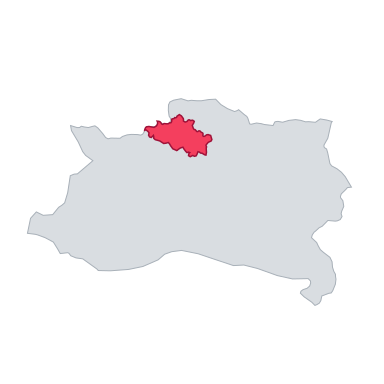 Haskovo highlighted on a map of Bulgaria, rotated 188°
{"feature_id": "BGR-2232", "entity_name": "Haskovo", "entity_type": "Province", "adm_level": 1, "iso_a3": "BGR", "parent_name": "Bulgaria", "parent_adm1": "", "projection": "natural_earth1", "projection_center": [25.843, 41.878], "detail": "fine", "context": "in_parent", "style": "filled", "palette": "rose", "viewbox_px": 384, "rotation_deg": 188, "n_neighbors": 0, "source": "natural_earth", "source_scale": "10m", "svg_char_len": 3912}
<svg xmlns="http://www.w3.org/2000/svg" viewBox="0 0 384 384"><g transform="rotate(188 192 192)"><path d="M321.5,240.9L314.7,239.8L312.3,240.2L310.8,241.7L307.6,241.4L303.6,241.4L299.5,243.2L297.3,244.0L294.2,242.4L288.5,237.4L285.1,233.9L282.5,233.0L279.9,234.1L270.7,235.2L268.6,237.3L264.3,239.5L260.1,240.6L253.9,241.3L250.7,241.2L248.9,242.3L247.4,245.6L246.4,248.7L245.5,250.0L237.8,251.6L236.1,253.5L235.7,255.2L235.8,257.0L229.7,255.3L225.0,256.5L223.9,257.8L222.9,259.8L223.5,261.9L225.2,263.9L226.8,269.5L227.4,275.0L226.4,278.1L222.9,280.4L215.7,282.9L208.6,281.7L205.5,282.7L200.3,283.0L195.6,283.6L188.2,285.9L181.5,287.2L175.6,282.6L168.5,279.5L161.0,277.6L158.4,279.0L157.3,280.0L151.1,276.0L148.3,274.5L147.0,272.9L144.4,267.5L142.9,267.3L137.7,269.3L132.8,269.3L129.8,268.9L121.0,269.1L119.8,272.8L118.7,273.4L116.7,273.9L112.0,273.7L106.0,276.4L99.5,278.1L94.5,278.1L89.3,277.3L86.2,277.9L79.5,278.2L75.2,282.2L68.5,282.0L63.0,281.3L63.7,280.0L65.0,264.1L67.8,257.0L67.7,255.6L67.1,254.4L64.7,253.3L63.0,249.5L59.4,239.4L57.4,237.3L51.7,235.2L46.7,232.3L42.4,228.5L34.8,219.0L38.7,218.0L39.9,216.1L43.9,210.9L44.4,208.3L44.0,206.9L41.4,204.4L39.7,198.9L41.1,193.8L41.3,191.2L40.0,188.6L41.4,185.3L44.2,183.6L46.0,183.1L53.5,182.7L58.3,176.2L61.2,174.2L64.2,170.5L65.5,169.2L66.9,166.3L67.3,163.4L61.5,159.3L59.5,156.2L56.9,152.8L53.4,150.5L46.3,146.5L43.6,142.4L42.4,137.1L40.5,133.1L38.5,130.5L38.1,128.3L37.3,125.7L37.2,120.6L38.9,113.8L40.1,111.4L42.5,110.7L49.0,107.1L49.3,102.4L50.5,99.6L52.6,97.9L54.5,96.8L58.0,99.5L66.4,103.8L70.6,106.9L70.3,108.9L68.4,110.8L64.6,112.7L62.4,115.2L61.8,118.3L62.3,120.4L64.9,122.4L80.3,119.9L95.8,121.1L116.6,125.4L130.5,126.9L140.7,124.9L159.7,128.4L177.3,131.7L194.2,132.7L203.7,130.1L210.4,126.6L216.1,120.1L230.3,111.4L244.0,106.5L261.9,102.6L273.9,101.2L275.6,102.6L290.9,110.6L297.7,110.6L303.2,112.0L305.2,114.1L306.6,114.6L313.9,112.7L317.2,117.0L322.3,123.1L331.0,126.3L338.7,128.0L341.1,128.3L349.2,128.2L348.2,143.5L343.4,150.6L336.1,148.2L326.8,150.2L321.9,158.3L319.1,160.7L316.6,163.5L315.0,174.0L314.8,191.2L311.2,193.3L308.0,194.0L294.5,209.2L302.4,213.4L305.8,216.7L311.6,225.7L319.9,236.0L321.5,240.9Z" fill="#d9dde1" stroke="#a8b0b8" stroke-width="1"/><path d="M247.5,246.5L247.5,247.0L247.3,248.1L246.9,249.3L246.2,250.2L243.8,250.9L238.6,250.7L236.5,252.4L235.8,253.9L235.6,255.3L235.9,256.6L236.4,257.3L234.5,257.4L233.4,257.1L232.8,256.6L231.4,255.2L231.0,254.9L230.3,254.9L229.2,255.9L226.4,256.0L225.0,256.3L223.7,257.4L223.3,257.5L223.0,257.5L222.6,257.6L222.3,258.0L222.0,258.8L222.0,259.7L222.1,260.6L222.3,261.4L222.6,261.7L222.2,261.5L220.1,262.2L219.5,263.3L218.6,263.2L217.7,263.7L217.4,265.0L215.3,266.9L213.1,265.9L210.8,263.5L210.5,262.3L210.3,261.0L208.5,260.3L206.7,261.2L206.1,262.4L205.1,263.1L204.2,263.0L203.3,262.5L202.2,263.0L201.3,263.2L199.6,262.3L199.9,260.6L201.0,258.0L199.7,255.5L199.1,254.7L198.6,254.2L197.6,254.2L196.8,253.6L195.8,252.6L194.7,252.6L193.8,253.5L192.7,253.6L191.6,252.7L189.6,251.9L189.1,251.0L189.2,249.7L188.6,248.7L187.6,248.8L186.8,249.3L185.6,250.6L184.1,251.1L181.4,250.6L179.6,246.7L180.2,245.1L182.8,243.5L184.5,240.8L184.6,239.7L184.1,239.2L183.8,238.6L184.1,237.9L183.7,235.6L183.2,233.4L183.3,230.5L183.8,230.5L184.6,230.6L185.6,231.0L187.4,231.8L188.5,231.7L189.1,231.8L189.5,232.0L190.0,232.5L190.6,232.6L191.2,232.6L191.7,232.7L192.2,230.4L192.9,228.4L194.6,227.7L196.3,228.3L198.7,226.7L200.5,227.5L200.5,228.6L200.4,229.7L199.7,230.7L201.0,231.0L202.5,230.3L203.9,231.4L206.0,233.5L207.2,235.1L209.6,234.0L211.7,232.1L212.3,231.3L213.0,230.9L213.4,231.1L217.0,232.1L219.6,234.8L221.0,236.6L222.4,237.7L224.6,236.7L226.8,236.1L231.1,238.1L235.7,238.7L237.3,239.8L237.7,241.7L238.1,242.7L238.9,241.6L239.9,240.3L241.7,240.6L242.9,242.2L242.8,244.6L243.9,245.7L245.1,246.5L246.4,247.1L247.5,246.5L247.5,246.5Z" fill="#f43f5e" stroke="#9f1239" stroke-width="1.5"/></g></svg>